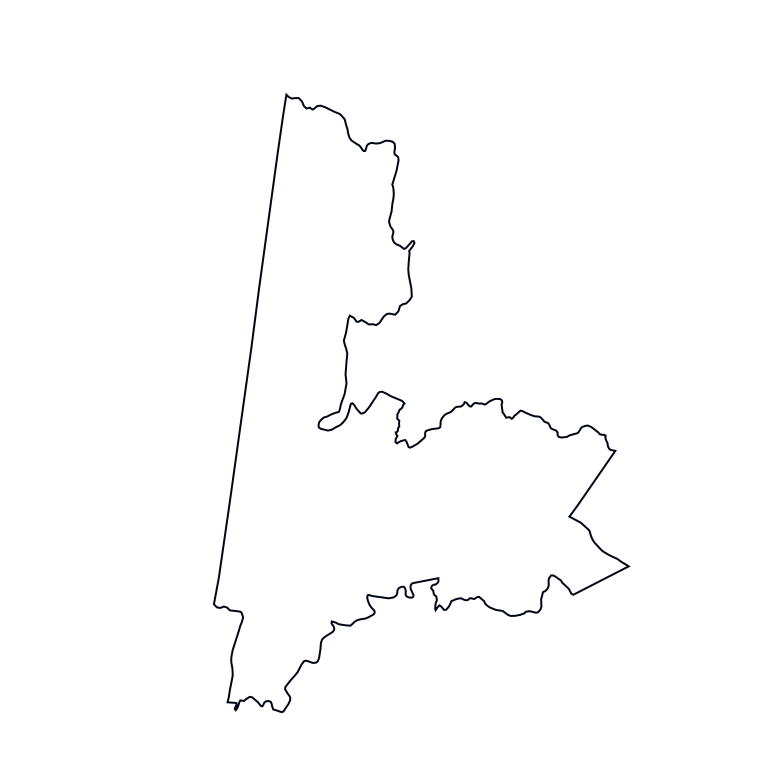 outline of Parintins, Amazonas, Brazil, rotated 169°
{"feature_id": "56859067B7549321418483", "entity_name": "Parintins", "entity_type": "district", "adm_level": 2, "iso_a3": "BRA", "parent_name": "Brazil", "parent_adm1": "Amazonas", "projection": "equal_earth", "projection_center": [-56.927, -2.788], "detail": "fine", "context": "isolated", "style": "outline", "palette": "ink", "viewbox_px": 768, "rotation_deg": 169, "n_neighbors": 0, "source": "geoboundaries", "source_scale": "gbopen_adm2", "svg_char_len": 6138}
<svg xmlns="http://www.w3.org/2000/svg" viewBox="0 0 768 768"><g transform="rotate(169 384 384)"><path d="M424.6,686.6L432.3,665.4L444.3,630.9L488.2,502.2L507.4,444.5L557.7,298.1L583.1,225.3L593.0,200.2L590.6,196.6L587.4,195.4L583.6,196.1L580.6,194.4L578.5,191.2L570.9,188.8L568.2,187.7L567.4,186.4L566.8,181.7L569.2,177.1L571.3,173.9L573.4,169.7L583.3,151.7L585.3,146.7L586.3,143.9L587.0,139.7L587.1,133.5L587.9,127.8L588.6,125.4L593.6,113.2L596.1,106.2L598.3,101.4L589.7,99.0L589.9,97.4L592.5,93.7L591.8,92.1L590.3,93.3L588.9,95.2L586.6,99.4L585.4,100.8L581.8,99.6L579.6,100.9L575.6,102.5L574.2,102.1L573.1,101.5L568.5,95.7L566.4,91.6L564.9,90.8L563.8,91.9L562.6,93.7L561.6,94.5L560.2,95.1L557.6,94.7L555.9,93.7L555.3,91.6L555.3,88.8L554.8,85.6L552.9,84.7L547.1,81.4L545.2,81.7L538.6,88.4L536.5,91.4L535.9,94.2L536.3,95.7L538.0,99.4L539.3,103.2L538.7,105.3L533.0,110.3L527.4,114.6L523.7,117.7L518.6,124.2L515.3,127.2L513.9,127.4L511.8,126.6L507.4,123.9L504.0,123.4L502.7,123.9L501.7,124.7L500.0,127.5L497.0,135.7L495.4,141.6L493.6,144.9L492.0,146.1L488.5,147.8L481.9,150.3L480.3,151.6L479.5,153.0L479.6,155.2L481.2,159.0L480.6,160.8L478.5,159.9L476.6,158.8L474.7,157.1L472.1,156.0L467.0,154.2L463.1,153.2L460.4,154.7L458.8,155.9L455.5,157.2L452.6,157.5L447.0,157.3L444.0,157.9L438.2,159.8L436.9,161.1L436.6,162.7L437.4,164.4L438.7,166.4L439.6,168.2L440.3,169.9L440.7,171.9L441.1,173.6L441.3,177.5L440.4,179.7L438.7,179.7L437.6,178.9L435.4,177.9L420.2,172.7L415.3,172.7L412.9,173.7L411.7,174.7L410.8,176.5L410.2,178.9L408.5,180.7L406.8,181.3L404.6,181.5L403.1,181.1L402.3,179.3L402.1,176.6L403.0,173.4L402.6,171.7L401.6,170.5L399.5,169.4L397.3,169.0L395.9,169.5L395.3,170.9L396.8,177.3L396.8,179.2L396.1,181.5L394.6,182.8L393.0,183.0L367.7,183.0L368.2,179.9L369.1,178.7L371.6,177.3L373.1,177.5L374.8,177.1L376.1,176.0L376.7,174.5L375.1,171.5L375.2,168.9L374.8,167.2L373.2,165.6L373.3,161.6L374.9,159.3L375.9,156.5L376.6,153.7L376.4,152.1L374.5,154.2L371.8,156.1L370.3,154.7L368.3,150.9L366.1,150.5L362.9,153.0L361.1,155.2L359.1,158.2L357.1,158.3L355.3,158.9L351.5,159.2L349.0,158.8L346.3,156.7L344.8,156.1L342.8,156.0L341.4,156.9L340.1,157.3L336.4,155.7L333.5,157.0L331.2,156.8L327.1,151.7L326.8,149.6L325.6,147.5L322.9,144.6L317.5,141.0L310.9,138.6L306.2,133.6L304.0,132.2L299.5,131.4L293.8,131.4L292.2,131.9L290.7,131.8L288.0,133.4L284.3,133.2L278.5,130.5L277.2,130.4L275.6,131.0L273.3,133.0L271.9,135.5L271.6,138.1L270.7,143.1L269.3,145.7L267.7,149.3L264.8,150.1L262.3,152.2L260.8,154.6L259.8,160.3L258.8,162.1L256.5,164.2L254.9,163.9L253.3,163.0L247.9,157.5L246.7,154.4L245.3,152.8L241.6,147.5L240.1,142.4L238.3,141.0L178.6,158.3L185.1,164.3L188.3,167.7L195.4,172.9L200.5,177.4L202.4,179.7L207.6,188.0L209.0,191.6L209.8,195.2L210.3,200.9L212.0,203.3L217.2,210.2L227.3,218.4L216.4,228.5L169.7,274.2L173.9,276.0L175.2,277.2L175.9,279.3L176.1,281.5L175.9,283.5L176.9,287.1L176.9,289.5L176.3,291.0L177.6,292.1L179.3,292.4L182.0,293.7L182.7,295.4L188.7,302.2L192.0,304.4L194.8,304.4L197.1,304.1L198.6,303.5L202.3,299.5L203.6,298.8L211.7,298.2L214.7,297.1L219.4,297.6L221.2,298.0L222.7,299.0L223.3,300.6L222.9,303.4L223.9,305.4L227.8,307.9L228.8,309.1L229.7,313.0L230.4,314.4L232.8,315.8L233.9,316.7L236.1,320.6L237.3,322.0L239.5,322.9L241.0,323.1L242.7,323.8L245.7,325.5L251.7,329.6L253.1,331.0L255.1,331.8L260.3,328.7L262.0,328.0L263.2,326.7L265.2,325.4L267.0,327.5L270.5,327.6L272.1,331.8L273.0,333.3L272.5,341.4L271.4,343.3L271.4,345.4L272.7,347.0L276.1,347.9L278.4,348.1L283.8,346.8L287.8,344.8L289.3,344.6L290.7,345.7L292.2,346.4L293.7,346.4L297.3,347.8L298.9,347.9L300.8,346.9L302.5,345.3L304.1,345.7L305.5,347.8L306.4,349.7L308.3,350.8L309.5,349.0L310.8,348.1L312.8,347.2L316.8,347.7L318.6,347.3L323.6,343.8L329.2,342.6L331.0,341.6L333.5,339.5L334.8,337.7L335.7,335.9L336.2,333.4L337.1,330.8L338.9,330.1L345.4,330.6L349.9,330.2L352.1,329.6L353.1,327.8L353.4,325.3L354.5,323.6L362.6,318.9L368.7,316.9L370.7,316.6L371.9,317.4L372.9,323.0L373.9,325.0L378.0,324.8L381.3,323.8L382.5,323.2L383.8,324.7L383.1,327.5L380.8,330.6L381.5,332.3L381.7,334.3L380.4,334.4L379.3,335.4L378.9,337.2L378.2,338.4L377.1,339.4L376.8,342.4L376.0,345.0L377.7,347.6L377.0,349.9L376.7,351.7L375.5,352.8L374.5,354.5L373.3,355.9L371.7,356.5L370.2,357.9L369.3,359.6L367.6,360.9L369.5,364.0L380.2,371.1L382.7,373.5L387.3,376.8L389.7,377.0L391.3,376.3L394.5,372.7L403.3,363.8L408.1,359.9L410.8,359.2L412.4,359.5L415.6,364.7L417.4,369.4L418.8,371.2L420.4,370.7L424.2,362.9L426.6,358.8L428.8,356.3L432.3,353.5L434.9,352.0L439.9,350.6L443.9,349.1L447.9,349.0L454.6,352.1L456.2,353.7L456.2,355.7L455.5,357.7L454.7,359.1L453.2,360.4L450.9,361.9L449.4,362.6L445.8,362.9L442.9,363.9L439.0,364.7L433.6,365.3L432.0,367.8L430.2,372.3L424.5,381.8L420.7,391.7L419.9,400.8L416.4,413.6L414.2,421.0L414.4,425.6L415.1,431.4L415.1,434.3L411.4,441.8L406.4,455.1L404.5,457.6L400.8,454.5L399.1,450.4L397.4,449.9L393.9,451.1L390.0,447.9L387.8,445.5L383.3,444.7L380.5,443.3L376.8,444.8L371.3,450.3L368.0,452.1L365.3,452.1L359.8,449.9L356.0,452.6L353.4,457.5L350.1,458.8L346.9,458.8L343.1,461.3L340.0,464.4L338.9,472.8L338.9,486.4L338.3,491.9L336.2,499.9L333.9,507.7L333.9,509.8L329.8,513.4L327.2,516.6L327.6,518.6L329.3,518.7L336.5,513.2L338.6,512.8L342.0,516.7L345.3,518.8L347.2,521.2L347.8,523.9L347.9,526.0L347.5,527.6L346.0,530.7L345.7,532.4L346.2,534.4L347.3,536.4L347.8,538.6L348.1,542.0L347.4,544.3L343.7,551.8L341.1,560.2L340.2,562.0L338.6,566.8L338.0,569.5L337.5,574.0L337.5,576.2L337.8,578.2L331.0,590.9L327.1,600.6L326.8,602.6L327.0,604.5L329.3,606.9L329.8,608.5L329.3,610.4L328.0,614.1L327.7,617.7L329.2,620.1L332.0,621.5L335.7,622.5L341.5,621.3L344.1,621.3L346.4,621.7L350.2,623.1L353.2,622.6L354.4,622.0L355.6,620.7L357.1,617.7L358.0,616.4L359.3,616.5L360.3,617.6L361.6,620.9L362.7,622.8L364.0,623.9L368.7,628.4L369.8,629.9L370.6,631.7L371.1,633.7L371.4,637.6L371.2,640.7L371.7,644.9L372.1,651.4L375.3,656.8L376.9,658.2L380.4,660.4L388.9,666.9L393.1,669.3L396.2,669.6L401.3,667.0L403.1,668.2L403.9,669.4L407.5,669.2L409.7,672.4L410.4,676.3L411.1,677.8L413.2,681.0L417.4,681.7L419.9,681.7L422.8,683.9L424.6,686.6Z" fill="none" stroke="#020617" stroke-width="2"/></g></svg>